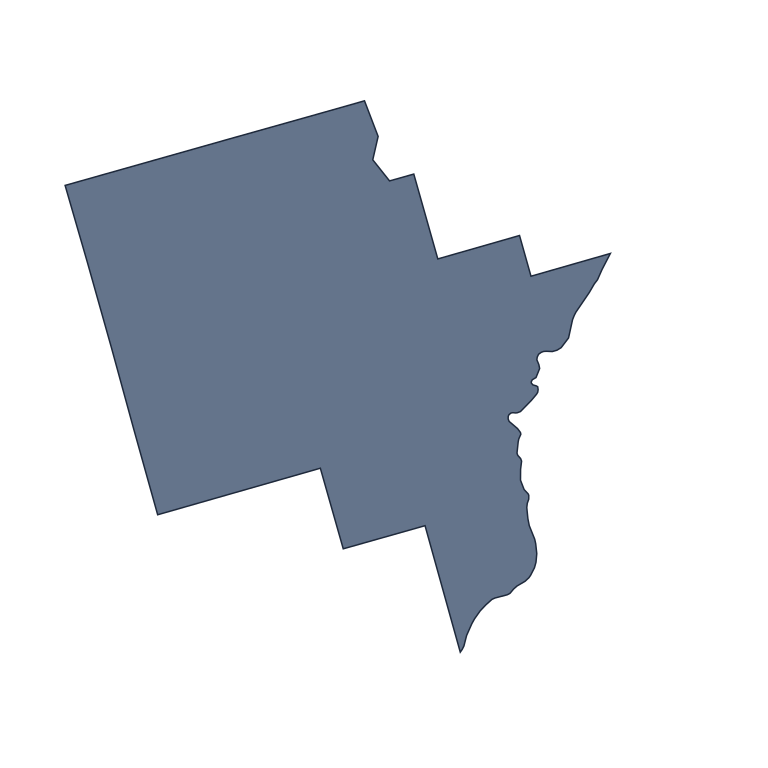 outline of Goodhue, Minnesota, United States of America, rotated 74°
{"feature_id": "52423323B62984292236969", "entity_name": "Goodhue", "entity_type": "district", "adm_level": 2, "iso_a3": "USA", "parent_name": "United States of America", "parent_adm1": "Minnesota", "projection": "mercator", "projection_center": [-92.544, 44.454], "detail": "fine", "context": "isolated", "style": "filled", "palette": "slate", "viewbox_px": 768, "rotation_deg": 74, "n_neighbors": 0, "source": "geoboundaries", "source_scale": "gbopen_adm2", "svg_char_len": 1394}
<svg xmlns="http://www.w3.org/2000/svg" viewBox="0 0 768 768"><g transform="rotate(74 384 384)"><path d="M447.3,637.6L447.4,468.4L531.2,468.6L531.5,383.6L662.8,384.6L660.8,382.1L657.9,379.4L648.5,373.9L638.6,365.6L634.7,361.7L628.6,354.1L624.4,347.0L620.8,339.6L620.3,336.3L620.6,323.7L620.2,321.6L619.9,320.5L616.8,315.9L614.8,311.7L612.5,302.7L611.0,299.8L610.3,298.3L608.4,295.9L602.1,290.0L597.2,287.0L589.2,283.9L579.4,282.2L574.7,281.9L560.2,283.4L553.1,282.8L542.1,280.8L538.1,279.1L534.6,276.6L530.9,275.5L529.4,275.7L524.1,278.4L514.1,279.3L503.6,276.2L496.1,273.0L493.4,273.2L489.4,275.1L487.1,275.2L476.7,271.0L474.0,269.6L470.0,266.3L468.2,266.2L463.7,267.9L454.5,274.0L451.9,274.3L449.3,273.5L447.9,272.3L446.9,269.8L447.1,268.0L448.1,265.5L448.4,263.8L448.1,260.4L440.4,246.9L435.9,240.2L434.3,238.5L431.9,237.4L429.0,237.0L427.8,238.1L425.9,241.1L423.7,242.1L422.6,241.9L420.8,240.3L419.7,236.1L412.0,230.1L408.0,229.8L402.9,230.4L400.4,229.3L398.0,227.2L396.9,224.1L396.7,221.6L397.3,218.9L399.2,213.3L399.2,208.4L397.9,203.7L390.6,193.9L374.1,185.0L370.5,182.2L367.9,179.8L352.6,161.4L345.7,154.2L342.6,150.0L334.0,142.8L320.9,130.4L320.9,213.0L278.6,212.8L278.6,297.8L190.4,297.5L190.3,322.7L165.4,333.0L144.4,321.4L106.4,324.7L106.3,367.4L105.8,466.0L105.2,635.8L186.1,635.6L274.2,636.0L358.1,637.0L447.3,637.6Z" fill="#64748b" stroke="#1e293b" stroke-width="1.5"/></g></svg>